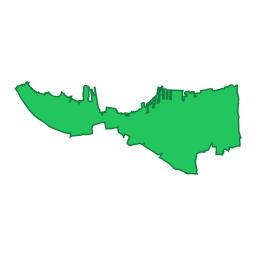 the district of Kota Jakarta Utara, Jakarta Raya, Indonesia
{"feature_id": "22746128B85966169947265", "entity_name": "Kota Jakarta Utara", "entity_type": "district", "adm_level": 2, "iso_a3": "IDN", "parent_name": "Indonesia", "parent_adm1": "Jakarta Raya", "projection": "robinson", "projection_center": [106.852, -6.136], "detail": "fine", "context": "isolated", "style": "filled", "palette": "green", "viewbox_px": 256, "rotation_deg": 0, "n_neighbors": 0, "source": "geoboundaries", "source_scale": "gbopen_adm2", "svg_char_len": 5702}
<svg xmlns="http://www.w3.org/2000/svg" viewBox="0 0 256 256"><path d="M237.1,85.2L236.2,85.5L234.8,86.6L234.1,86.6L232.3,85.1L231.3,85.4L231.2,85.1L230.5,85.1L229.2,85.7L228.8,86.7L224.4,87.3L224.1,88.8L221.2,88.8L220.5,89.4L218.5,89.7L215.0,90.7L212.7,90.9L212.0,89.1L211.0,88.8L207.0,89.5L205.3,90.1L201.9,90.5L200.7,90.9L200.8,92.5L200.1,92.8L196.8,93.4L195.4,93.4L195.0,94.4L194.9,96.1L196.5,96.2L196.3,96.6L194.8,97.0L194.3,97.0L194.2,96.7L194.3,94.6L194.3,93.9L194.1,93.6L194.1,91.9L191.9,91.7L191.8,92.0L192.2,92.3L191.1,92.6L191.0,93.2L190.4,92.7L190.5,92.3L189.8,92.3L189.4,91.5L187.9,91.4L189.2,91.8L189.1,92.2L187.6,91.7L185.9,91.7L184.7,92.7L184.7,93.6L185.1,93.6L185.1,94.4L185.5,94.4L185.6,94.1L186.8,94.4L186.8,96.1L185.8,96.1L185.8,96.4L184.6,96.4L184.1,96.7L183.9,101.2L183.7,101.2L183.5,100.4L182.8,100.3L182.3,99.6L182.4,98.6L182.7,98.7L182.7,98.4L182.4,98.3L182.4,96.3L182.8,96.4L182.8,96.2L182.4,96.3L182.5,93.7L182.8,93.7L182.5,93.6L182.5,91.4L182.8,91.4L182.9,91.2L182.2,91.2L182.2,90.7L182.6,90.7L182.6,90.4L182.2,90.6L171.5,90.1L171.3,99.4L171.0,99.2L169.9,99.3L170.0,90.1L167.8,90.1L167.5,99.1L166.4,99.1L166.7,90.1L165.8,89.0L164.5,89.0L164.2,89.3L163.9,99.0L162.6,99.0L162.9,87.8L162.6,87.5L162.5,86.5L162.1,86.4L162.1,87.0L161.7,86.7L161.6,89.6L161.3,89.8L161.0,89.8L160.9,88.3L160.7,91.1L160.5,91.3L160.2,91.3L160.3,87.2L160.2,87.9L159.8,87.8L159.6,94.1L159.9,94.7L160.8,94.8L160.8,95.1L159.5,95.0L159.4,102.4L158.5,102.9L158.3,102.7L159.0,99.5L158.2,99.4L157.5,103.3L157.3,103.2L156.8,103.8L157.8,99.3L158.4,97.8L158.7,94.3L157.8,94.2L156.2,95.8L155.7,100.0L155.3,100.4L154.3,106.1L154.0,106.1L154.0,106.6L154.5,106.8L153.9,107.4L153.8,107.0L152.5,107.7L152.3,107.1L152.8,106.7L153.5,104.0L153.5,103.7L153.2,103.6L153.5,103.0L153.2,102.9L150.3,104.6L149.9,104.6L150.0,104.9L148.0,106.0L148.0,108.7L148.2,108.9L148.5,111.8L148.7,112.2L145.5,113.7L147.5,112.5L147.4,106.1L147.6,104.9L153.8,101.0L154.5,97.0L153.1,98.1L152.2,99.3L149.8,101.7L146.8,104.1L146.3,104.6L146.3,106.4L145.5,106.9L144.5,106.9L144.1,102.7L141.4,103.5L141.5,105.9L142.3,106.3L142.4,106.8L142.3,107.6L141.2,108.8L140.1,109.4L139.7,109.2L139.1,109.5L138.1,110.7L134.0,112.2L133.9,111.6L133.6,111.6L133.6,112.4L132.5,112.8L132.1,112.5L131.9,111.5L131.6,111.6L131.8,112.4L129.9,113.1L129.3,113.6L128.8,115.1L129.1,115.7L127.6,115.7L126.8,116.0L126.0,115.8L125.6,114.8L126.1,114.4L127.4,114.9L128.3,114.8L128.8,113.8L128.5,113.4L125.0,113.1L125.0,113.6L124.6,113.8L121.5,113.9L121.5,113.6L121.1,113.6L121.1,113.0L117.6,113.2L117.5,112.5L117.1,112.4L117.0,111.0L116.8,110.8L116.1,110.9L116.0,109.4L115.5,108.7L106.5,107.3L105.9,112.2L104.2,111.7L103.6,113.0L103.1,113.0L102.8,112.2L102.4,112.2L102.2,111.5L102.5,114.8L101.9,114.9L101.5,112.8L100.0,112.5L99.5,109.3L98.4,108.5L98.1,107.3L94.9,87.4L94.4,87.5L95.5,94.6L93.7,95.0L93.4,92.6L92.4,92.8L91.9,89.3L90.6,89.6L92.2,100.9L91.1,101.3L88.5,101.5L88.5,102.0L88.1,98.0L88.4,97.1L88.9,96.7L88.7,96.2L89.0,94.9L88.7,93.4L89.3,87.9L88.7,86.9L88.2,86.8L86.9,85.9L85.7,85.7L84.7,85.9L84.2,86.4L83.9,86.8L83.4,93.5L83.1,93.5L83.2,96.7L83.5,96.9L83.6,99.3L83.4,99.4L83.4,100.6L80.6,100.7L80.6,101.4L80.4,101.4L80.4,100.7L79.4,100.7L79.3,103.6L79.1,103.6L78.9,103.6L79.0,102.1L78.3,102.1L78.3,101.1L76.6,101.1L71.4,98.6L69.7,102.6L70.2,100.4L69.9,100.2L70.0,99.9L70.1,99.6L70.6,99.5L71.6,96.3L70.0,96.5L69.7,97.3L69.3,97.5L68.4,97.3L68.0,97.7L67.6,97.6L67.8,97.1L67.0,96.8L67.3,96.0L66.9,96.4L64.9,95.3L63.8,93.3L63.1,93.3L61.7,92.2L60.9,95.2L59.3,96.3L56.5,96.7L54.0,96.4L52.1,95.6L49.5,93.5L48.9,92.2L48.6,92.2L48.1,92.9L45.9,92.6L45.5,93.8L45.2,93.3L44.8,93.4L44.3,94.6L40.0,93.4L38.5,92.2L37.8,93.0L36.6,92.0L36.4,92.5L35.8,91.8L35.3,92.0L35.0,91.1L34.2,90.5L34.0,90.9L33.1,90.0L31.8,88.6L31.5,88.7L31.6,88.4L31.2,87.9L30.9,87.9L30.7,87.4L30.0,87.1L29.2,85.6L28.2,84.2L28.8,82.6L28.0,82.7L27.4,82.0L27.0,82.5L26.8,82.2L26.1,82.7L24.8,84.8L23.5,84.3L21.9,85.5L21.6,84.8L17.8,86.7L17.4,86.2L16.3,87.6L16.5,88.1L15.4,88.8L18.0,91.9L20.4,97.2L29.2,109.9L34.2,115.4L38.8,119.0L43.6,121.7L49.4,126.4L53.7,128.4L64.3,132.5L68.2,133.3L70.1,133.2L70.6,133.6L70.3,137.0L72.0,135.9L81.3,135.0L83.1,134.1L85.0,134.6L92.2,133.7L91.9,127.5L92.7,125.6L94.0,124.8L102.6,122.3L104.7,122.3L106.2,129.0L108.8,128.3L110.0,128.8L118.1,127.3L118.1,130.9L118.6,132.2L119.4,133.0L121.3,133.9L122.5,134.9L123.0,135.8L123.7,137.8L123.8,136.2L124.8,133.6L129.7,136.7L128.9,138.0L129.2,138.9L128.2,140.1L127.2,142.7L127.3,143.7L129.3,145.2L130.2,145.6L131.4,145.0L140.2,143.4L142.1,144.4L143.3,144.2L143.8,144.0L144.4,142.5L144.3,143.9L143.6,145.4L154.1,152.0L158.0,154.8L161.9,153.8L159.5,157.7L161.2,158.1L170.3,164.4L174.8,169.0L179.1,169.5L184.4,171.9L186.6,173.4L187.1,173.2L188.3,173.7L190.2,173.4L197.2,174.0L196.5,171.5L196.8,170.8L196.8,169.3L195.7,164.1L195.4,161.0L196.8,153.7L199.2,152.5L200.9,152.1L202.5,151.8L203.4,152.1L205.0,151.8L204.6,150.7L206.9,150.5L206.9,149.8L208.5,150.0L211.2,144.1L212.3,143.0L212.5,146.8L216.0,146.6L216.4,149.4L216.1,154.3L222.3,154.7L222.4,154.0L222.9,154.0L223.0,153.2L223.3,152.6L223.1,152.3L223.6,152.4L223.7,151.9L223.4,151.8L223.5,151.4L223.1,151.4L223.6,149.8L224.7,149.0L227.9,150.4L228.4,150.9L228.4,149.5L229.2,149.5L229.4,147.1L232.1,147.8L233.0,147.7L233.0,147.4L237.0,146.0L238.4,145.8L239.8,146.1L240.0,142.9L239.7,141.8L239.7,137.8L240.6,138.0L240.6,136.8L240.1,136.2L239.4,133.2L238.8,131.7L238.5,119.2L238.9,117.0L237.9,112.9L237.9,109.8L238.1,104.3L238.6,103.5L238.3,101.0L238.6,100.3L238.5,97.2L238.4,96.4L237.9,95.6L237.4,94.0L237.6,92.7L237.1,92.5L237.2,88.5L237.0,88.0L237.2,87.3L237.1,85.2ZM157.2,93.3L158.4,92.8L159.1,91.7L159.2,87.5L158.1,87.4L157.2,93.3Z" fill="#22c55e" stroke="#15803d" stroke-width="1.5"/></svg>